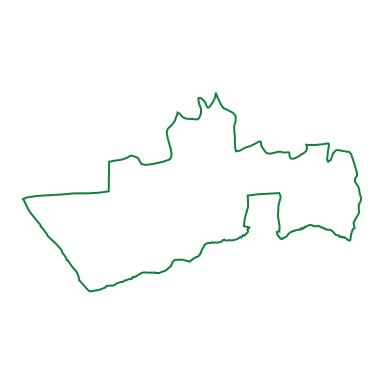 the district of Moanda, Bas-Congo, Democratic Republic of the Congo
{"feature_id": "63176286B88277060419996", "entity_name": "Moanda", "entity_type": "district", "adm_level": 2, "iso_a3": "COD", "parent_name": "Democratic Republic of the Congo", "parent_adm1": "Bas-Congo", "projection": "natural_earth1", "projection_center": [12.948, -5.756], "detail": "fine", "context": "isolated", "style": "outline", "palette": "green", "viewbox_px": 384, "rotation_deg": 0, "n_neighbors": 0, "source": "geoboundaries", "source_scale": "gbopen_adm2", "svg_char_len": 5998}
<svg xmlns="http://www.w3.org/2000/svg" viewBox="0 0 384 384"><path d="M276.8,232.2L277.2,234.0L277.6,235.1L278.2,235.9L279.6,237.3L280.0,238.2L280.5,238.7L280.8,238.7L281.6,239.1L282.1,238.9L282.1,238.5L282.5,238.7L283.0,238.6L283.3,238.4L283.6,238.0L284.4,237.5L285.5,237.1L287.0,236.0L287.9,234.9L288.2,234.1L289.5,233.0L290.0,232.7L290.6,232.2L291.7,231.8L292.5,231.3L293.7,231.0L294.7,230.7L295.3,230.3L295.9,230.3L296.3,230.1L297.4,230.0L298.8,229.7L299.1,229.5L299.7,229.3L300.0,229.4L300.3,229.6L300.6,229.6L300.8,229.5L301.1,229.2L301.4,228.4L301.6,228.0L301.9,228.0L302.4,228.6L302.9,228.8L303.9,228.0L304.1,227.3L304.4,227.1L304.6,227.4L304.8,227.5L305.0,227.3L305.2,227.1L305.6,226.8L305.8,226.8L306.0,226.5L306.5,226.4L308.6,225.3L309.0,225.3L309.8,225.0L311.9,225.2L312.8,225.7L313.9,226.0L314.4,226.4L315.5,226.3L316.1,226.2L317.1,225.8L317.4,226.0L317.6,226.2L318.2,226.0L320.0,226.7L320.4,226.6L321.1,227.1L321.4,227.6L321.7,227.7L322.2,227.7L322.5,227.5L322.8,227.5L323.4,228.1L324.3,228.4L324.6,228.5L324.7,228.8L325.0,228.8L325.6,228.8L325.8,229.4L326.4,229.6L328.2,229.8L329.9,229.7L330.3,229.8L330.5,230.1L330.9,230.2L332.1,231.0L333.2,232.0L335.0,234.1L335.6,234.4L335.9,234.8L336.0,235.1L337.8,235.2L338.7,235.9L339.1,236.0L339.3,235.8L339.6,236.2L339.9,237.0L340.1,237.0L340.8,236.8L341.3,236.9L341.6,237.1L342.0,236.6L342.3,236.7L342.5,236.9L342.5,237.1L342.8,237.1L343.2,237.6L343.5,237.6L343.5,237.2L344.3,237.1L344.7,237.5L345.0,237.9L345.9,238.2L347.0,239.1L347.3,239.6L347.5,239.9L349.8,240.6L350.3,240.0L350.4,239.4L350.4,238.6L350.7,237.6L350.9,235.2L351.1,234.8L351.7,232.2L352.1,231.5L352.4,230.6L352.4,230.3L352.9,229.5L353.0,229.1L353.3,229.0L353.9,228.5L354.6,228.2L353.6,222.4L358.9,213.2L358.9,210.6L358.7,205.4L359.1,204.1L360.7,201.1L361.0,197.7L359.6,193.0L359.1,189.3L358.2,186.4L356.3,183.8L355.0,181.9L355.2,178.3L357.0,175.7L357.0,172.8L354.7,165.0L352.4,157.9L351.0,153.9L349.2,152.0L346.9,151.7L341.8,150.8L339.0,150.2L336.3,150.1L333.3,153.1L332.3,155.5L330.8,160.0L329.6,160.5L328.2,161.8L327.1,159.7L328.0,150.8L328.9,145.9L328.7,143.6L326.4,143.5L323.6,144.2L320.8,144.4L315.6,145.0L312.8,144.9L308.9,145.0L306.3,144.7L306.9,147.3L306.9,149.4L305.8,151.4L303.0,153.6L301.2,154.5L298.0,156.8L296.0,157.6L294.2,158.6L291.8,158.7L290.7,158.3L289.5,156.0L289.4,153.2L288.4,152.2L286.0,152.5L283.2,152.5L280.8,151.7L277.4,151.9L274.5,152.8L272.1,153.3L270.1,153.6L267.0,153.3L265.2,151.7L262.2,147.3L261.1,144.8L261.0,142.2L260.3,141.5L258.7,141.6L256.1,143.2L250.1,146.2L245.8,147.5L243.0,148.8L239.9,150.7L236.1,151.3L235.2,148.4L234.9,142.9L234.9,136.0L234.3,131.5L234.2,125.5L235.6,121.6L235.7,117.1L235.2,115.2L232.6,112.6L227.5,109.9L223.4,108.1L220.9,104.5L219.6,101.5L217.8,98.1L215.8,92.7L215.2,97.1L214.0,100.0L212.7,102.5L210.9,104.9L209.1,107.4L207.7,107.7L206.3,105.5L205.1,102.2L203.0,99.8L200.9,98.1L198.9,97.9L198.4,98.5L198.4,99.8L199.1,104.1L200.4,106.9L201.0,109.0L201.0,112.9L200.2,115.7L199.2,117.5L198.1,119.2L196.0,119.4L192.2,119.0L190.2,119.0L185.6,118.5L182.6,117.1L181.0,115.2L178.6,113.0L177.6,112.5L177.1,114.9L176.0,117.4L175.2,120.0L174.5,121.4L171.7,125.1L169.7,127.0L168.5,128.1L167.6,129.4L166.8,131.6L166.8,133.2L167.4,136.6L167.8,138.5L168.8,142.0L169.6,145.0L170.7,149.1L171.6,154.1L171.2,156.7L170.4,158.7L168.1,160.2L166.0,160.6L162.9,161.8L154.5,163.7L148.5,164.6L145.5,164.8L141.4,164.1L139.2,160.2L138.2,158.2L136.5,157.2L133.2,156.1L131.7,155.7L129.7,156.0L127.8,157.5L122.4,159.5L117.7,160.3L112.7,160.9L110.9,161.4L109.1,161.7L108.7,191.3L100.2,192.6L88.9,193.3L73.0,193.4L64.4,194.3L37.8,195.9L27.5,197.3L23.0,199.0L23.9,200.3L26.7,206.1L27.8,208.5L29.7,211.6L32.9,215.8L36.9,220.7L39.9,224.2L40.8,225.8L40.7,226.7L41.9,227.6L44.2,230.4L44.9,231.5L45.1,232.2L46.5,233.4L47.7,235.9L49.6,237.9L54.0,241.8L57.0,244.8L60.3,248.6L61.8,250.5L62.2,251.6L62.1,252.3L62.6,253.1L64.1,254.9L66.5,258.6L66.7,260.2L67.2,260.4L67.7,260.4L69.5,262.8L70.3,264.1L72.4,267.0L73.1,268.0L74.4,269.2L76.0,271.1L77.0,272.6L78.2,275.4L79.1,279.0L79.3,280.7L79.8,280.8L88.8,290.9L90.2,291.3L92.6,291.0L98.6,290.0L104.6,287.9L105.7,287.2L105.8,286.5L107.1,285.9L108.2,285.7L109.9,285.7L110.5,285.5L112.3,285.7L113.9,285.4L114.8,284.5L117.5,283.1L121.2,282.0L122.9,281.9L123.6,281.4L124.4,280.6L127.1,280.0L128.9,279.2L129.9,279.0L131.4,278.9L132.0,278.7L132.3,278.2L132.3,277.5L133.1,276.9L134.7,277.2L135.1,277.1L135.6,276.4L136.2,276.3L137.0,275.8L137.8,275.3L138.6,274.6L139.2,274.3L140.1,274.1L140.8,273.3L142.3,272.7L144.1,272.4L149.0,272.7L150.8,272.6L152.8,272.7L154.2,272.6L155.0,272.5L155.1,272.8L155.3,273.0L158.1,273.0L158.8,273.1L159.7,272.9L160.6,272.5L161.3,272.0L162.1,271.8L162.9,271.3L164.0,271.3L164.5,271.2L166.0,270.1L167.2,269.4L168.3,268.2L169.3,267.4L170.0,267.1L170.7,266.4L171.4,265.3L171.4,264.6L171.7,264.5L172.4,263.0L172.5,261.8L174.9,259.9L175.7,259.6L176.1,259.8L178.2,259.8L180.6,259.7L181.8,259.7L183.0,259.9L186.8,260.9L188.1,261.1L188.3,261.3L188.9,261.3L189.0,261.5L189.8,261.5L192.3,259.5L192.8,259.0L193.0,259.0L194.3,258.3L195.2,257.5L195.9,257.2L197.2,256.9L197.7,256.6L198.6,256.0L199.3,255.3L199.9,254.4L200.0,253.9L200.4,253.8L200.6,253.5L200.8,253.1L200.9,252.4L201.8,249.8L202.6,248.8L202.8,248.5L203.4,247.2L203.7,246.8L203.9,245.9L204.4,245.1L205.4,244.2L207.0,243.4L208.4,243.0L210.6,243.0L211.3,242.7L212.3,242.2L213.3,242.8L214.1,242.8L215.3,242.4L216.1,242.5L216.7,242.7L217.5,242.7L221.0,241.8L221.9,241.4L222.9,240.2L223.5,240.1L224.3,239.6L225.0,240.1L225.8,240.5L226.8,240.6L227.8,240.5L228.4,240.1L230.7,240.3L233.0,240.3L235.1,239.7L236.0,239.4L237.0,239.2L237.8,238.9L240.2,237.1L240.3,237.3L241.0,237.6L241.6,237.3L242.3,236.4L242.6,235.7L243.2,235.0L244.3,235.7L244.9,235.3L245.5,234.5L246.7,233.5L248.0,231.8L248.0,231.1L247.4,229.5L249.0,228.2L249.3,227.5L243.8,226.1L244.8,218.5L248.2,206.3L247.7,195.6L257.7,194.3L279.2,193.1L280.7,196.8L278.6,205.1L277.9,215.9L279.6,226.1L279.3,231.6L278.3,231.4L276.8,232.2Z" fill="none" stroke="#15803d" stroke-width="2"/></svg>